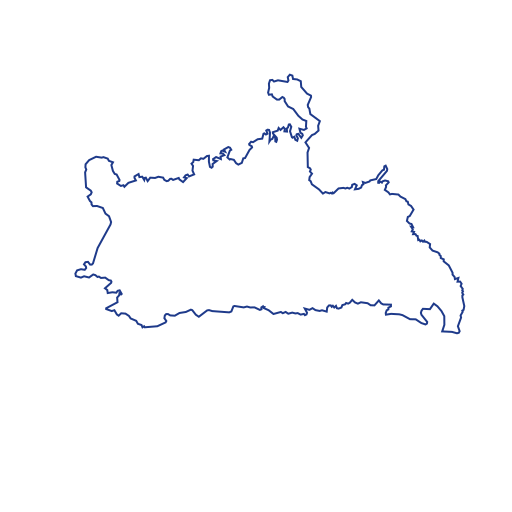 an SVG outline of Uttar Pradesh, rotated 152°
{"feature_id": "IND-3253", "entity_name": "Uttar Pradesh", "entity_type": "State", "adm_level": 1, "iso_a3": "IND", "parent_name": "India", "parent_adm1": "", "projection": "orthographic", "projection_center": [80.221, 27.157], "detail": "fine", "context": "isolated", "style": "outline", "palette": "blue", "viewbox_px": 512, "rotation_deg": 152, "n_neighbors": 0, "source": "natural_earth", "source_scale": "10m", "svg_char_len": 6121}
<svg xmlns="http://www.w3.org/2000/svg" viewBox="0 0 512 512"><g transform="rotate(152 256 256)"><path d="M335.0,229.2L336.7,232.4L337.7,238.1L338.7,239.2L344.2,239.5L350.3,241.6L355.7,241.4L359.6,243.8L361.0,246.1L362.5,246.9L364.4,246.3L366.1,244.1L365.7,240.7L367.0,239.8L376.1,240.3L387.7,245.3L387.8,246.5L389.7,246.3L389.5,248.8L392.1,251.6L392.2,255.0L396.0,259.7L396.3,262.7L398.3,266.4L401.9,268.7L405.3,267.8L406.3,269.7L406.5,274.6L409.2,275.1L413.2,279.5L412.8,280.2L400.0,280.2L398.1,284.5L395.3,285.5L394.1,287.1L393.2,285.4L392.4,285.6L392.5,289.7L394.5,290.2L396.6,289.2L399.8,291.4L404.3,292.9L403.3,295.8L404.5,298.4L396.5,300.3L395.7,301.2L395.7,302.5L397.3,303.7L399.3,307.7L403.2,309.4L404.4,311.6L405.8,311.9L406.8,314.5L408.4,316.1L413.5,315.4L417.3,318.8L420.7,319.1L424.5,322.8L423.7,325.3L420.7,327.3L416.7,326.5L413.7,324.2L411.6,325.1L411.1,326.6L411.8,329.4L409.5,330.6L407.1,329.7L406.5,326.3L405.0,325.5L403.4,326.0L392.1,337.4L369.7,352.1L368.0,354.0L367.1,360.1L369.0,364.1L368.7,370.3L372.9,374.8L376.6,376.6L377.0,378.7L376.1,380.6L376.8,382.5L376.8,387.5L372.9,388.0L371.2,389.4L371.2,391.3L373.8,396.4L367.6,410.1L365.3,412.0L365.0,414.4L363.4,417.0L358.3,419.0L350.6,418.7L346.1,415.3L344.3,414.9L341.2,411.6L341.2,409.1L338.3,405.9L341.0,404.2L342.4,398.3L342.2,394.8L340.8,393.4L340.8,387.2L341.5,386.4L343.6,386.7L344.6,385.2L342.4,381.3L339.8,380.7L339.7,378.9L334.3,380.5L326.6,379.1L326.6,382.1L325.9,383.3L321.2,383.5L321.9,380.4L319.2,379.4L319.0,375.6L317.7,377.2L316.5,376.9L316.5,373.0L312.6,374.8L308.5,372.3L305.0,371.8L301.2,368.8L301.2,366.3L299.7,364.0L298.1,363.6L295.6,364.4L294.4,363.9L293.5,362.1L287.6,361.2L287.7,359.6L285.7,355.5L280.6,357.3L282.6,359.2L280.3,360.3L278.1,360.0L277.7,357.7L272.3,357.1L272.0,361.2L269.3,365.1L269.6,367.8L267.3,368.4L265.8,370.3L261.5,367.4L258.8,368.1L256.8,366.5L252.4,367.3L250.5,366.6L253.3,361.4L254.8,356.3L253.8,354.8L252.3,355.2L251.1,357.6L246.1,358.3L248.8,360.5L248.4,361.7L244.8,362.1L241.5,358.1L240.6,360.4L236.6,359.9L237.2,362.1L239.2,363.3L237.5,364.9L236.3,364.9L234.3,362.6L234.3,365.1L229.3,365.2L228.1,363.8L228.0,361.4L229.6,361.3L235.0,356.5L233.9,353.5L232.9,353.5L230.4,351.3L230.0,347.3L228.7,345.0L224.8,344.9L221.4,348.2L219.7,347.6L211.9,352.7L208.5,353.7L208.2,354.8L209.7,357.2L209.5,358.1L206.7,359.2L205.2,357.9L199.7,358.3L195.4,356.7L192.0,360.4L191.1,360.4L190.2,358.6L188.4,358.6L188.0,362.0L186.5,362.1L185.3,361.2L185.7,358.3L190.4,350.8L188.4,351.9L186.6,351.7L184.4,353.4L183.4,351.6L185.1,348.1L184.5,347.3L182.8,348.9L182.2,350.8L183.5,356.2L183.0,357.4L178.0,356.5L175.9,358.4L175.2,355.8L171.3,356.8L170.8,354.8L172.4,352.7L170.2,351.3L169.0,354.1L167.4,354.5L165.3,356.7L164.3,356.4L164.2,353.5L167.4,350.2L168.5,344.1L168.2,343.3L166.2,343.3L166.7,340.1L165.5,338.4L163.8,340.2L163.7,343.7L162.9,344.4L161.3,344.0L160.5,339.1L158.0,340.6L157.8,342.2L158.9,344.0L157.9,348.0L154.5,344.8L151.4,344.9L151.2,346.7L148.2,351.6L150.9,354.7L152.8,359.9L154.1,368.3L157.5,373.0L158.0,379.2L157.0,381.2L157.2,382.7L158.1,384.0L162.1,383.2L164.1,384.3L166.4,389.0L166.1,391.3L168.9,392.3L168.6,394.6L165.4,398.3L163.7,402.1L161.1,404.6L158.9,403.8L158.2,401.6L154.1,400.8L146.5,394.9L145.0,395.7L144.0,399.0L141.0,400.2L139.2,398.2L140.2,394.9L136.8,392.6L134.4,389.3L136.7,384.0L134.7,375.4L132.2,371.8L132.7,370.5L139.4,365.1L140.1,362.9L139.7,361.1L141.4,355.8L136.3,345.1L140.0,341.8L141.9,337.4L146.9,336.2L149.8,336.5L159.0,333.1L158.4,326.5L161.9,323.2L168.5,310.2L167.1,308.0L167.1,306.6L168.7,305.3L167.9,302.4L171.6,300.5L173.4,298.0L172.6,296.4L173.0,293.1L169.1,285.2L167.6,279.7L164.7,279.9L161.7,276.8L160.3,276.7L159.6,275.5L158.6,276.1L158.0,275.0L151.4,276.9L146.8,275.1L145.3,273.6L143.4,273.4L141.9,271.7L139.0,271.9L137.6,273.7L135.1,273.4L133.9,271.1L137.3,268.4L133.8,267.1L131.0,267.1L129.2,268.8L127.5,268.9L126.9,271.1L125.2,269.2L120.8,268.5L119.6,269.1L113.7,267.5L110.1,269.9L104.2,272.3L102.5,272.1L100.6,274.9L99.1,274.9L99.3,271.1L100.4,269.7L112.9,264.7L113.7,263.3L113.0,262.8L111.7,263.8L110.4,261.7L109.3,262.5L106.6,262.1L104.2,259.9L104.3,258.7L108.1,257.4L108.7,255.9L111.2,253.9L109.2,250.0L108.8,247.5L106.8,247.0L101.4,243.4L100.6,240.7L97.4,236.1L97.5,233.7L96.5,232.7L97.2,230.0L95.6,227.4L95.1,223.0L101.5,219.1L103.6,219.2L106.3,216.1L105.2,212.6L103.7,211.3L103.8,207.9L105.3,209.0L105.0,206.0L106.9,204.6L105.1,203.1L107.0,201.5L104.9,200.4L104.8,198.6L103.9,197.8L105.3,193.9L104.1,193.7L104.0,191.8L102.3,191.9L101.8,190.2L100.1,190.6L100.1,189.2L98.7,188.4L96.7,184.8L98.6,182.0L97.6,177.9L93.9,174.0L93.0,172.0L93.5,171.0L92.9,169.3L93.8,167.4L91.8,164.9L92.8,163.2L90.2,157.2L90.3,148.9L91.2,147.3L90.5,144.3L91.2,142.2L87.6,141.6L90.1,138.7L87.8,137.6L87.5,135.0L89.4,133.4L88.9,129.9L90.1,128.7L89.8,127.7L91.2,126.7L91.1,124.6L92.3,124.3L93.2,122.6L95.6,114.0L98.0,111.0L99.5,110.9L99.7,109.7L103.3,107.4L103.8,105.4L110.7,99.2L111.5,94.0L113.0,93.0L114.8,93.4L118.6,97.0L127.0,102.0L122.0,106.8L118.0,114.5L118.1,120.4L119.4,126.4L121.4,130.5L127.4,127.4L133.4,131.0L135.5,130.0L137.1,128.4L137.5,126.4L135.8,117.4L136.8,116.1L138.5,116.0L141.5,119.2L144.7,125.1L149.7,127.9L154.4,135.0L156.8,137.2L163.9,141.5L168.8,143.2L168.2,144.8L166.1,146.7L164.2,146.7L163.4,148.2L160.5,148.2L159.7,149.7L166.4,153.5L167.7,155.4L168.4,159.1L174.6,156.8L177.9,158.7L179.6,161.9L185.1,165.9L188.4,166.1L190.4,168.5L191.6,172.1L195.2,170.7L197.0,170.7L198.5,172.2L199.9,171.5L202.8,172.1L204.8,170.4L207.8,170.8L209.1,171.9L208.8,174.4L211.1,173.8L211.5,176.0L213.0,175.6L213.2,177.3L214.8,178.1L217.3,177.1L219.7,173.7L223.2,177.1L225.6,177.6L228.9,180.3L230.6,183.4L234.1,183.4L237.6,186.7L237.6,181.9L238.9,180.7L240.6,180.8L240.9,182.4L244.1,183.3L246.0,186.0L248.2,186.8L250.6,189.0L254.6,189.9L256.1,192.7L259.2,192.9L260.3,194.9L267.8,196.6L270.3,202.2L273.5,206.3L272.6,207.0L273.6,207.6L273.5,208.3L275.4,208.1L276.2,206.4L277.9,206.6L281.4,211.3L285.3,213.3L287.7,215.6L291.0,216.4L298.5,222.0L299.7,222.1L303.8,218.6L306.1,218.8L320.5,227.9L322.9,230.3L324.7,230.9L335.0,229.2Z" fill="none" stroke="#1e3a8a" stroke-width="2"/></g></svg>